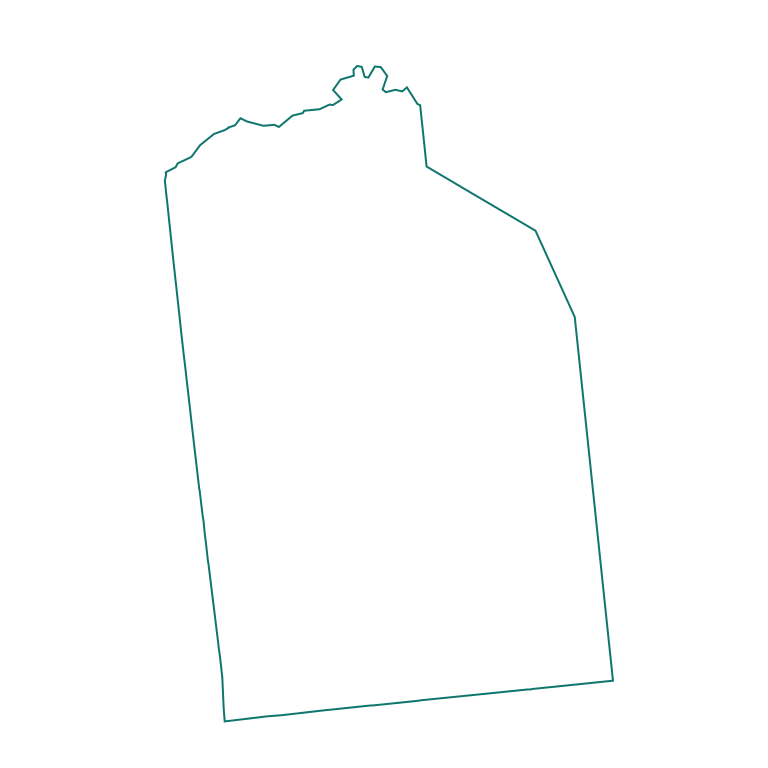 outline of Box Elder, Utah, United States of America, rotated 264°
{"feature_id": "52423323B39840445321611", "entity_name": "Box Elder", "entity_type": "district", "adm_level": 2, "iso_a3": "USA", "parent_name": "United States of America", "parent_adm1": "Utah", "projection": "mercator", "projection_center": [-112.684, 41.501], "detail": "fine", "context": "isolated", "style": "outline", "palette": "teal", "viewbox_px": 768, "rotation_deg": 264, "n_neighbors": 0, "source": "geoboundaries", "source_scale": "gbopen_adm2", "svg_char_len": 1245}
<svg xmlns="http://www.w3.org/2000/svg" viewBox="0 0 768 768"><g transform="rotate(264 384 384)"><path d="M371.6,188.5L371.4,188.5L298.3,189.3L297.8,189.5L271.6,189.9L266.4,190.2L255.0,190.1L253.3,190.1L244.7,190.3L225.5,190.4L224.3,190.6L146.7,192.0L137.4,192.1L129.7,192.4L108.8,192.5L79.2,190.7L65.1,190.3L65.7,233.4L65.3,246.9L65.7,285.1L65.7,335.9L65.5,339.6L65.4,385.0L65.6,388.2L65.2,494.8L64.9,498.3L65.2,499.5L65.0,580.7L312.3,580.7L430.7,580.7L520.6,550.7L565.9,489.4L595.8,449.1L655.7,449.1L657.5,449.1L659.0,446.5L676.6,437.8L673.1,432.7L675.4,426.1L674.0,416.4L677.0,413.4L690.0,419.4L699.5,413.9L700.7,408.1L690.4,400.5L691.4,396.9L701.7,395.0L703.1,390.6L699.8,386.5L693.8,386.2L691.3,372.6L681.7,364.1L671.4,371.6L666.8,362.4L667.6,359.0L664.0,348.6L664.1,333.1L661.9,331.6L660.5,321.1L650.6,306.3L653.2,302.2L653.4,291.1L659.4,275.2L663.3,269.0L656.9,262.9L655.3,256.0L655.2,256.0L654.9,256.0L653.1,252.0L650.5,241.1L640.7,226.0L630.0,216.2L625.0,201.9L621.4,199.4L617.4,189.1L614.8,189.2L609.1,187.3L595.5,187.3L587.9,187.4L552.2,187.4L533.3,187.4L533.2,187.4L475.2,187.7L457.1,187.7L433.8,187.9L420.7,188.1L406.7,188.2L406.2,188.2L398.2,188.3L377.7,188.5L371.6,188.5Z" fill="none" stroke="#0f766e" stroke-width="2"/></g></svg>